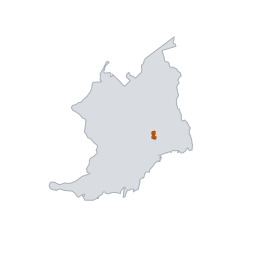 Neiva, Huila, Colombia shown in context, rotated 224°
{"feature_id": "7082276B10918286355", "entity_name": "Neiva", "entity_type": "district", "adm_level": 2, "iso_a3": "COL", "parent_name": "Colombia", "parent_adm1": "Huila", "projection": "natural_earth1", "projection_center": [-75.303, 3.004], "detail": "fine", "context": "in_parent", "style": "filled", "palette": "amber", "viewbox_px": 256, "rotation_deg": 224, "n_neighbors": 0, "source": "geoboundaries", "source_scale": "gbopen_adm2", "svg_char_len": 5443}
<svg xmlns="http://www.w3.org/2000/svg" viewBox="0 0 256 256"><g transform="rotate(224 128 128)"><path d="M144.2,37.3L142.0,38.3L137.8,39.6L134.9,45.1L132.9,46.0L130.5,49.3L128.7,53.3L127.3,61.5L123.7,68.5L124.0,68.8L125.5,68.5L126.8,67.7L127.3,68.0L127.8,69.2L129.5,69.5L130.8,75.1L133.3,78.0L133.6,79.1L133.9,81.4L133.0,82.9L132.8,88.0L133.5,89.3L135.4,89.8L136.7,93.0L137.5,93.8L138.6,94.3L141.3,93.8L146.3,94.3L147.5,94.2L150.2,93.1L153.8,94.5L156.4,94.7L163.5,104.4L164.2,104.1L165.1,104.7L166.9,103.7L168.4,103.5L170.4,104.0L173.1,104.0L178.5,103.0L179.3,102.4L182.2,103.0L183.1,103.7L183.5,105.5L183.2,106.6L182.1,107.8L181.6,109.2L181.5,111.0L181.0,112.3L180.0,113.1L179.6,114.4L179.9,116.0L179.4,123.3L179.8,123.9L180.1,126.9L181.3,130.8L181.9,131.9L183.0,132.8L184.9,136.0L184.5,137.1L179.6,142.1L179.4,143.3L180.3,142.8L181.8,143.3L182.3,144.5L185.9,148.0L185.9,149.3L186.9,152.0L186.7,152.6L189.2,160.0L189.3,161.6L187.2,162.1L187.2,157.0L186.9,156.0L184.5,151.5L184.0,151.2L182.4,151.7L179.8,155.0L178.6,155.5L177.6,155.0L176.6,153.1L176.0,152.7L175.4,154.4L176.2,155.8L164.6,155.8L162.4,155.2L159.3,156.0L159.3,163.5L164.7,163.6L166.2,165.8L166.1,167.6L166.3,168.2L165.0,168.6L163.1,167.4L159.7,168.8L157.2,169.1L157.1,177.5L158.6,179.6L161.5,181.9L161.9,183.4L161.7,184.8L162.4,186.6L163.3,187.6L163.3,188.7L163.8,189.9L158.1,225.4L156.1,223.2L155.3,221.2L154.3,220.5L152.4,221.1L150.3,220.1L157.0,208.0L156.8,206.9L151.2,204.0L150.7,203.3L148.0,201.7L146.5,202.1L145.7,202.9L143.7,203.2L142.0,201.9L140.1,201.0L137.7,203.1L137.0,203.1L135.4,203.9L133.6,204.3L131.3,203.4L129.4,204.0L128.1,203.9L127.6,203.2L125.9,202.5L125.8,201.7L126.2,200.2L125.5,197.3L125.2,196.8L124.0,196.7L122.5,195.7L122.2,195.0L122.5,193.8L122.2,192.8L120.8,190.5L118.8,189.9L116.9,187.9L114.9,187.2L114.0,185.8L113.2,182.7L111.2,180.2L109.8,179.4L109.3,178.2L107.9,178.1L105.9,176.5L105.0,176.4L104.4,177.1L102.6,176.4L101.1,175.2L99.5,174.9L98.4,174.1L96.5,171.9L94.5,170.8L93.3,171.2L92.9,172.9L92.2,173.2L89.9,172.7L89.5,173.1L88.8,173.0L86.0,171.8L83.1,171.3L82.4,168.5L80.6,167.5L80.0,166.1L78.8,166.3L73.9,163.7L71.9,161.9L70.2,160.9L68.4,158.9L68.1,158.1L66.7,156.9L67.4,155.4L69.0,154.3L71.2,155.2L71.5,153.4L70.7,151.9L71.1,148.4L71.6,147.6L72.8,146.9L73.6,147.2L74.0,146.6L75.8,146.8L76.4,146.6L77.7,145.2L78.3,144.1L78.9,144.2L80.4,142.3L80.1,140.4L81.5,140.0L82.9,136.9L83.5,136.8L83.9,135.3L86.4,130.2L85.5,130.8L84.5,130.4L84.6,128.7L84.3,128.5L83.5,129.8L82.8,128.5L83.0,126.3L81.9,126.7L81.9,126.2L83.6,124.5L84.3,120.8L83.7,119.4L83.4,113.7L83.1,112.6L81.8,111.2L83.9,109.6L84.6,108.4L83.7,105.9L82.4,103.8L82.4,102.5L83.1,102.6L83.4,99.1L82.7,97.8L81.9,97.7L79.1,92.5L78.1,91.5L78.8,89.0L79.7,87.9L79.5,86.0L80.1,86.1L81.3,87.8L81.8,87.5L83.6,85.9L83.7,84.4L85.2,82.8L83.1,77.5L82.4,76.6L83.2,74.9L83.7,75.0L84.6,76.7L85.9,77.8L87.8,80.7L88.7,81.4L88.1,82.1L87.9,82.8L88.2,83.2L89.3,83.3L89.8,82.4L89.5,78.8L89.0,77.0L88.0,75.8L88.3,75.2L90.3,74.3L94.5,70.9L95.9,67.7L97.0,66.5L98.2,65.7L99.7,65.9L100.9,65.5L101.2,64.5L100.5,62.2L101.3,59.2L101.3,57.6L101.9,56.7L101.7,56.3L100.2,57.4L101.7,55.2L102.8,51.9L108.9,46.1L112.8,47.5L114.0,47.4L112.4,48.1L112.2,49.0L112.7,49.9L113.3,50.1L113.8,49.6L115.1,46.1L115.3,44.3L115.9,43.6L116.7,43.4L120.6,44.2L124.2,43.9L130.1,39.1L134.6,37.0L135.7,35.0L136.0,33.5L136.8,32.9L137.7,32.9L138.2,32.1L140.2,30.8L142.4,30.6L144.8,31.8L145.8,33.8L146.0,35.1L144.2,37.3ZM75.9,146.2L75.6,146.5L75.1,146.0L74.9,145.4L75.2,145.0L75.6,145.1L75.9,146.2Z" fill="#d9dde1" stroke="#a8b0b8" stroke-width="1"/><path d="M104.7,139.4L104.6,139.5L104.5,140.0L104.4,140.1L104.2,140.2L103.9,140.0L103.9,139.8L103.8,139.7L103.7,139.7L103.7,139.8L103.6,139.7L103.4,139.5L103.2,139.5L103.2,139.4L103.2,139.2L103.3,138.8L103.4,138.5L103.4,138.4L103.5,138.3L103.6,138.1L103.7,137.9L103.9,137.8L103.9,137.7L103.7,137.6L103.6,137.8L103.6,137.7L103.4,137.7L103.4,137.8L103.2,137.9L103.2,138.0L103.1,137.9L103.0,138.0L102.9,138.0L102.7,138.0L102.4,138.1L102.2,138.2L101.9,138.2L101.9,138.3L101.7,138.4L101.7,138.5L101.6,138.8L101.5,139.1L101.4,139.1L101.5,139.2L101.4,139.3L101.4,139.5L101.2,139.5L101.2,139.8L101.0,140.0L101.3,140.3L101.3,140.2L101.4,139.8L101.5,139.7L101.8,139.8L101.7,139.8L101.8,139.9L101.9,140.0L102.0,140.1L102.0,140.3L102.2,140.5L102.3,140.4L102.4,140.5L102.5,140.5L102.7,140.4L102.8,140.4L102.9,140.2L103.0,139.8L103.0,139.7L103.0,139.8L103.2,140.0L103.3,140.0L103.2,140.3L103.3,140.3L103.5,140.4L103.8,140.3L103.9,140.5L104.0,140.5L103.9,140.7L104.0,140.8L104.1,141.2L104.2,141.3L104.2,141.2L104.3,141.2L104.3,141.3L104.2,141.4L104.2,141.6L104.3,141.8L104.4,142.0L104.4,142.4L104.5,142.4L104.5,142.5L104.8,142.5L105.1,142.5L105.3,142.8L105.5,142.9L105.5,143.0L105.6,143.3L105.7,143.5L105.8,143.7L105.9,143.8L105.9,144.0L106.1,144.0L106.3,143.9L106.4,144.0L106.5,144.0L106.6,143.8L106.7,143.7L106.8,143.6L106.9,143.4L107.0,143.3L107.1,143.2L107.2,142.9L107.3,142.8L107.3,142.7L107.5,142.5L107.6,142.4L107.8,142.3L107.8,142.2L107.7,142.0L107.6,141.9L107.6,141.7L107.4,141.6L107.2,141.6L106.9,141.5L106.9,141.4L106.8,141.5L106.7,141.5L106.7,141.4L106.6,141.5L106.4,141.6L106.3,141.4L106.2,141.3L106.2,141.2L106.1,140.9L105.9,140.9L105.7,140.9L105.5,141.0L105.5,140.9L105.4,140.9L105.2,140.7L105.0,140.4L104.9,140.4L104.9,140.5L104.8,140.4L104.9,140.2L105.0,140.1L104.9,140.1L104.8,139.9L104.7,139.8L104.7,139.7L104.7,139.4L104.7,139.4Z" fill="#f59e0b" stroke="#b45309" stroke-width="1.5"/></g></svg>